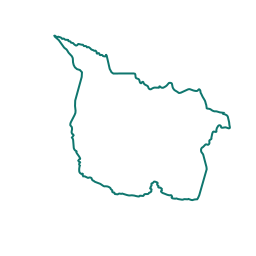 SVG path tracing the border of Ouham, rotated 287°
{"feature_id": "CAF-810", "entity_name": "Ouham", "entity_type": "Prefecture", "adm_level": 1, "iso_a3": "CAF", "parent_name": "Central African Republic", "parent_adm1": "", "projection": "robinson", "projection_center": [17.885, 7.097], "detail": "fine", "context": "isolated", "style": "outline", "palette": "teal", "viewbox_px": 256, "rotation_deg": 287, "n_neighbors": 0, "source": "natural_earth", "source_scale": "10m", "svg_char_len": 5777}
<svg xmlns="http://www.w3.org/2000/svg" viewBox="0 0 256 256"><g transform="rotate(287 128 128)"><path d="M138.8,69.5L163.3,68.8L167.8,67.7L169.4,65.0L169.4,62.0L170.5,59.5L172.4,57.6L174.8,56.2L178.1,55.0L179.1,54.4L180.3,53.2L182.6,49.2L184.4,47.2L185.2,46.1L185.7,44.6L186.3,43.3L191.8,36.1L194.1,31.1L194.7,30.7L194.9,31.0L194.3,32.8L194.3,33.8L194.9,34.6L194.9,37.2L194.5,38.3L194.0,39.0L194.5,39.9L194.7,40.4L194.6,40.8L194.1,42.0L194.1,42.5L194.2,42.9L194.7,44.7L194.7,45.0L194.1,45.3L193.8,45.6L193.7,46.0L193.9,47.3L193.8,47.7L193.6,47.9L193.1,48.3L193.0,48.6L193.1,50.0L193.1,50.7L192.9,51.1L192.3,52.0L191.9,53.1L191.7,53.8L191.7,54.3L192.0,54.8L192.7,55.4L193.7,55.8L193.9,56.2L194.1,59.4L194.4,60.4L194.3,60.7L194.1,61.0L193.6,61.7L193.5,62.0L193.6,62.3L194.0,63.7L193.9,64.1L193.8,64.5L193.2,65.1L193.2,65.4L193.6,66.0L193.8,66.5L193.8,66.9L193.2,68.6L193.0,69.0L192.7,69.3L192.4,70.0L192.3,70.6L192.3,71.8L192.0,72.9L192.0,73.3L192.4,74.0L192.4,74.3L192.3,74.6L192.0,75.2L191.6,75.6L190.5,76.1L190.1,76.6L190.1,76.8L190.3,77.0L190.9,77.6L191.0,78.0L191.0,78.4L190.9,78.6L190.8,78.8L190.1,79.2L189.8,79.4L189.6,79.9L189.6,80.2L190.0,81.1L190.2,81.5L190.2,81.9L190.1,82.2L189.5,83.2L189.5,83.6L189.7,85.0L189.8,85.3L190.2,85.7L190.7,85.7L191.4,85.6L191.5,85.8L190.9,86.5L179.2,93.2L176.5,95.9L175.8,98.0L181.8,117.4L181.9,118.7L181.6,119.1L181.2,119.4L178.9,120.4L178.5,120.7L178.1,121.2L178.0,121.7L177.9,123.2L177.9,123.7L177.7,124.1L177.1,124.8L175.1,126.1L174.7,126.7L174.6,127.1L174.7,127.5L176.2,128.2L176.5,128.7L176.4,129.1L176.2,129.4L175.4,129.9L175.0,130.4L174.5,131.4L173.9,134.3L173.7,134.7L173.4,135.1L172.5,135.7L172.0,136.2L171.5,137.1L171.5,137.9L171.8,138.6L173.1,139.8L173.9,140.7L174.4,141.6L175.4,145.1L175.5,145.6L175.7,145.8L176.6,145.8L176.9,145.9L177.1,146.2L176.7,147.1L176.4,148.2L176.5,149.1L176.9,150.0L177.9,151.0L178.9,151.9L180.1,152.7L182.7,153.8L183.1,154.1L183.4,154.7L183.6,155.6L183.6,156.2L183.4,156.8L182.9,157.2L180.0,158.8L179.1,159.6L178.3,160.6L177.8,161.5L176.9,165.0L176.5,165.9L176.4,166.4L176.6,167.1L177.3,168.3L182.4,174.0L183.0,175.0L183.2,175.9L183.0,179.5L183.1,181.1L183.3,182.3L183.6,183.1L184.0,183.6L185.3,184.2L185.7,184.5L185.8,184.9L185.6,185.4L184.9,186.2L183.2,187.0L182.8,187.3L181.7,188.4L179.8,190.1L176.7,193.5L175.8,194.2L174.0,195.3L172.9,196.1L169.9,197.5L169.8,197.8L169.8,198.4L170.0,199.5L170.1,200.5L170.0,201.5L169.4,203.3L169.2,204.5L169.2,205.7L169.7,207.3L169.8,208.4L169.8,211.3L170.4,214.7L169.7,214.4L169.4,214.6L169.3,215.1L169.4,216.6L169.3,217.4L169.1,218.3L168.9,219.0L168.5,219.6L167.9,220.2L163.1,223.0L160.5,224.1L158.5,225.2L158.0,225.3L157.6,225.2L157.2,224.6L157.1,224.0L157.2,221.7L157.1,220.9L156.8,220.2L156.1,218.8L155.8,218.0L155.7,217.5L155.8,217.0L156.1,216.8L157.1,216.1L157.4,215.5L157.4,215.2L157.4,214.8L157.3,214.6L157.1,214.2L156.7,213.9L156.0,213.5L155.0,213.3L153.8,213.0L152.0,213.1L151.2,213.3L150.5,213.6L150.2,213.5L150.0,213.2L149.8,212.8L149.7,211.2L149.5,210.8L149.2,210.5L148.5,210.3L147.4,210.2L143.0,210.6L142.3,210.9L142.0,210.9L141.7,210.8L140.7,210.0L140.1,209.6L139.6,209.5L138.9,209.7L137.7,210.2L137.0,210.3L136.4,210.2L135.7,209.8L135.4,209.5L135.3,209.1L135.3,208.0L135.1,207.3L134.8,206.9L131.9,205.4L130.8,204.5L130.0,204.2L129.0,204.1L127.4,204.6L126.5,205.2L125.9,206.0L125.0,207.2L124.5,207.7L113.7,214.4L111.6,215.3L84.5,215.8L81.4,215.4L80.1,215.0L79.1,212.5L77.9,210.7L77.7,209.6L77.8,206.5L77.3,206.0L77.0,204.9L76.7,203.7L76.4,202.6L75.9,201.9L75.5,201.4L75.4,201.0L75.2,200.3L74.7,196.7L74.8,195.0L74.2,193.8L73.8,191.8L73.8,191.3L73.8,190.8L74.1,190.2L74.4,190.0L75.2,190.2L75.4,190.1L76.2,189.3L76.3,189.0L76.3,188.7L76.0,188.0L75.7,187.1L75.6,185.1L75.8,182.8L75.9,181.9L75.9,180.8L76.2,179.4L76.5,178.8L76.8,178.3L77.1,178.1L77.3,178.1L77.6,178.2L78.2,178.6L78.8,178.2L79.6,178.2L79.8,178.0L80.1,177.2L80.4,176.6L80.4,176.3L80.1,175.3L80.1,174.6L80.3,174.3L80.5,174.1L81.3,174.1L81.5,174.0L81.8,173.1L82.2,172.7L82.7,172.3L83.2,172.2L83.6,172.5L83.9,172.5L84.1,172.4L84.3,172.2L84.5,171.5L84.6,169.5L84.5,169.1L84.3,168.6L84.0,168.4L83.0,168.0L82.8,167.8L82.4,167.4L81.8,166.8L81.3,166.7L80.3,167.3L80.0,167.3L79.7,167.3L78.8,166.9L77.7,167.1L77.2,166.9L76.9,166.8L76.7,166.9L76.5,167.2L76.4,168.1L76.3,168.3L76.1,168.5L75.2,168.5L74.5,168.8L73.9,168.7L73.4,168.4L72.9,168.0L72.2,167.1L71.4,166.9L71.1,166.7L70.7,166.3L70.5,165.9L70.0,164.2L69.7,163.6L69.4,163.1L69.1,163.0L67.8,162.6L67.4,162.2L66.9,159.7L66.7,159.2L66.4,158.9L66.1,158.9L65.8,158.6L65.5,157.8L65.3,156.0L65.2,153.7L64.8,151.4L63.9,149.1L63.7,148.2L63.6,146.5L63.6,142.1L63.6,141.7L63.1,140.9L63.0,140.5L62.8,139.0L62.6,138.6L62.4,138.3L61.7,137.7L61.5,137.4L61.1,135.1L61.1,134.7L61.4,134.4L61.5,134.2L61.9,134.1L62.1,133.9L62.2,133.6L62.1,132.5L62.1,132.1L62.3,131.7L62.6,131.5L63.6,131.3L63.8,131.1L64.4,129.7L64.6,129.4L65.4,128.7L65.6,128.3L66.0,126.9L66.1,125.7L65.9,124.3L65.7,123.6L65.3,122.4L65.3,121.8L65.5,121.0L66.4,118.1L66.5,117.5L66.8,113.0L66.9,112.2L67.0,111.6L67.5,110.5L67.5,109.8L68.0,108.8L69.2,107.9L69.4,107.7L69.6,107.1L69.6,106.1L69.3,105.4L68.7,104.5L68.6,104.1L68.7,103.5L69.1,101.0L68.8,99.5L68.7,99.3L69.9,98.2L70.7,98.3L70.9,98.2L71.0,97.7L70.5,97.1L70.5,96.6L70.9,95.4L71.5,94.6L72.4,94.0L74.5,93.3L76.9,92.9L78.0,93.0L78.4,92.3L78.9,91.9L79.5,91.8L81.2,92.2L81.4,91.9L81.3,91.3L81.6,90.7L82.3,90.0L83.4,90.4L84.1,90.8L84.4,91.2L84.7,91.2L85.5,90.6L86.6,89.4L88.6,86.8L89.6,85.7L90.0,85.6L90.5,85.7L90.8,85.4L91.0,84.3L91.4,83.5L92.1,82.7L93.0,82.0L100.6,79.0L101.7,78.2L102.4,77.2L105.1,78.1L105.7,77.6L106.2,76.2L107.2,75.4L108.3,75.1L110.3,74.9L111.5,74.5L112.5,73.9L113.7,72.1L114.8,71.7L116.0,71.6L117.0,71.7L124.7,73.1L127.0,73.3L129.2,72.8L133.6,70.9L138.8,69.5Z" fill="none" stroke="#0f766e" stroke-width="2"/></g></svg>